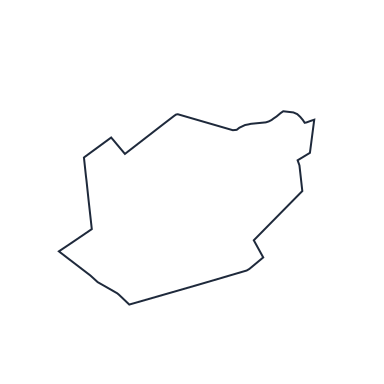 the district of Inhuma, Piauí, Brazil, rotated 140°
{"feature_id": "56859067B78283930257565", "entity_name": "Inhuma", "entity_type": "district", "adm_level": 2, "iso_a3": "BRA", "parent_name": "Brazil", "parent_adm1": "Piauí", "projection": "mercator", "projection_center": [-41.736, -6.681], "detail": "fine", "context": "isolated", "style": "outline", "palette": "slate", "viewbox_px": 384, "rotation_deg": 140, "n_neighbors": 0, "source": "geoboundaries", "source_scale": "gbopen_adm2", "svg_char_len": 803}
<svg xmlns="http://www.w3.org/2000/svg" viewBox="0 0 384 384"><g transform="rotate(140 192 192)"><path d="M200.6,96.7L197.6,96.2L179.5,96.1L175.7,115.3L110.5,121.5L106.9,121.8L92.6,143.3L90.7,148.4L76.5,146.2L51.9,168.8L55.4,170.2L59.6,171.7L61.2,172.6L60.8,175.8L60.8,179.9L61.3,184.0L63.2,187.8L70.2,195.2L73.5,195.5L78.7,195.5L82.4,195.9L84.8,196.0L87.8,196.7L90.7,197.9L103.1,206.4L105.3,207.5L108.3,209.2L114.4,210.8L117.8,210.9L121.0,213.1L152.9,260.7L154.5,261.6L156.7,261.8L170.5,262.4L218.9,264.3L218.9,285.7L252.6,287.9L263.0,272.4L265.6,268.4L276.7,251.9L278.3,249.5L292.6,228.0L314.5,230.2L332.1,232.1L331.7,230.1L329.4,219.7L323.5,193.3L322.2,183.6L314.4,162.5L314.0,160.4L312.4,146.1L272.2,128.2L243.1,115.3L203.3,97.9L200.6,96.7Z" fill="none" stroke="#1e293b" stroke-width="2"/></g></svg>